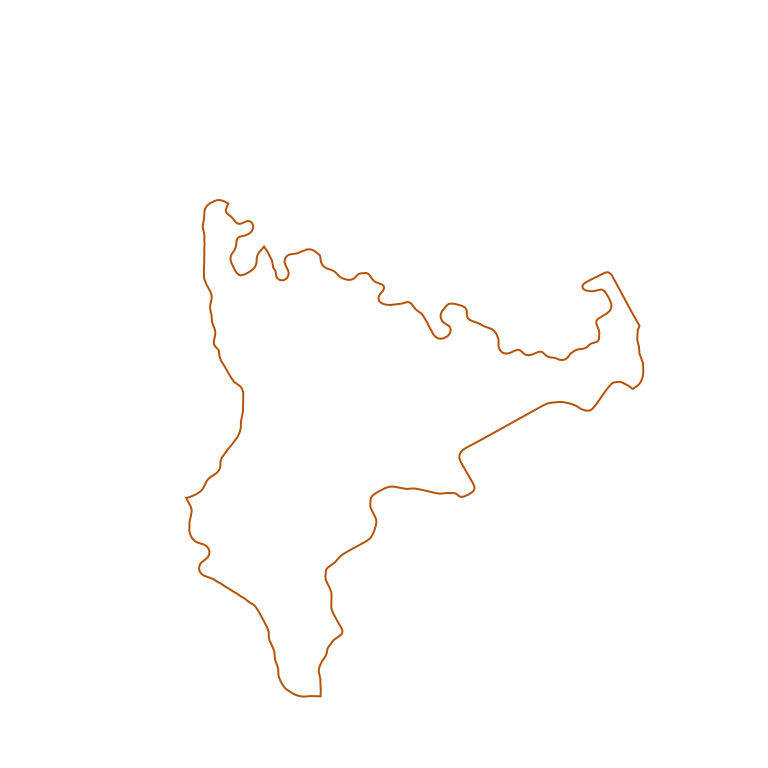 Tamayo, Bahoruco, Dominican Republic, rotated 241°
{"feature_id": "3306468B80057745223349", "entity_name": "Tamayo", "entity_type": "district", "adm_level": 2, "iso_a3": "DOM", "parent_name": "Dominican Republic", "parent_adm1": "Bahoruco", "projection": "natural_earth1", "projection_center": [-71.147, 18.477], "detail": "fine", "context": "isolated", "style": "outline", "palette": "amber", "viewbox_px": 768, "rotation_deg": 241, "n_neighbors": 0, "source": "geoboundaries", "source_scale": "gbopen_adm2", "svg_char_len": 6166}
<svg xmlns="http://www.w3.org/2000/svg" viewBox="0 0 768 768"><g transform="rotate(241 384 384)"><path d="M380.2,155.8L371.6,155.6L368.7,155.2L366.8,154.6L364.2,152.8L357.9,147.2L349.7,142.4L345.8,141.5L341.8,141.5L337.9,142.5L335.6,144.2L330.7,148.8L328.1,150.2L325.2,150.7L322.4,150.3L319.9,148.7L318.2,146.4L317.5,144.5L316.5,138.3L315.8,136.4L314.7,134.7L312.5,132.9L310.7,132.2L308.7,132.0L306.8,132.2L304.0,133.4L296.0,140.2L292.6,142.0L287.8,145.0L283.5,147.1L279.6,149.5L276.1,151.2L271.4,154.1L267.8,155.7L263.9,158.1L258.6,160.3L253.5,163.2L251.5,163.7L245.0,164.1L234.7,164.0L226.8,163.7L224.7,163.3L222.6,162.7L218.5,160.6L215.7,159.7L206.1,158.8L203.0,158.3L196.1,155.2L186.5,153.5L180.6,150.6L178.6,150.0L173.3,149.4L170.0,149.5L165.8,150.0L163.1,151.2L156.5,154.8L153.3,157.5L151.1,159.9L149.3,162.6L146.7,168.4L141.6,177.1L147.5,180.6L151.8,182.6L156.7,185.3L164.1,187.5L165.9,188.6L168.2,190.8L171.5,195.2L173.7,199.8L174.7,201.5L176.5,203.5L179.9,206.3L180.9,207.8L184.1,214.8L184.6,216.9L185.3,224.1L185.9,225.9L187.2,227.3L188.9,228.1L190.9,228.4L207.3,228.3L212.6,229.0L214.5,229.8L225.8,236.3L227.7,237.0L230.8,237.5L239.4,238.0L241.5,238.3L244.2,239.5L249.2,243.0L250.3,244.6L250.8,246.5L251.8,254.8L254.3,261.4L254.9,264.8L255.2,270.8L255.1,292.9L255.6,296.5L257.0,299.7L258.9,302.5L261.9,306.0L264.3,308.4L266.9,310.4L268.9,311.3L271.0,311.7L280.6,312.2L282.7,312.5L284.6,313.2L289.1,316.0L290.5,317.1L291.6,318.7L292.3,321.8L292.6,326.4L292.4,333.6L292.0,337.1L290.9,340.4L289.1,343.3L281.9,352.0L280.7,353.9L279.1,357.8L277.3,360.7L274.4,364.3L263.8,376.1L261.1,379.6L260.1,381.6L258.1,386.3L254.4,392.7L253.2,393.8L248.9,395.7L247.7,397.1L246.9,399.1L246.6,401.2L246.4,404.6L246.6,408.0L247.0,410.1L248.1,411.9L248.9,412.6L250.7,413.4L254.8,413.7L278.3,413.3L282.6,414.0L284.4,414.9L286.4,416.9L287.8,419.8L288.2,422.2L288.4,425.9L288.1,446.2L288.1,513.4L287.8,517.1L286.9,520.4L283.3,528.7L281.5,531.6L277.9,536.0L273.8,539.9L271.2,541.8L266.8,544.1L264.5,546.0L262.4,548.3L261.1,551.0L261.0,553.0L261.4,554.7L263.9,560.9L271.0,575.4L273.5,581.7L274.1,584.4L273.8,586.1L273.2,587.8L271.7,591.0L270.6,592.5L263.9,597.0L259.2,599.0L259.6,604.8L260.1,606.9L261.6,609.9L262.9,611.7L265.2,614.1L268.6,616.5L276.1,620.4L278.9,621.1L286.8,622.2L292.6,624.9L300.1,627.0L307.9,631.9L311.0,635.7L324.0,635.5L368.3,636.0L370.5,635.6L372.4,634.8L373.1,634.0L373.9,632.5L374.3,629.2L375.0,615.3L375.0,609.2L374.7,607.1L373.7,605.2L372.8,604.7L371.1,604.3L369.2,605.0L367.6,606.3L364.8,609.9L363.7,612.0L361.5,619.4L360.9,620.3L359.3,621.4L357.4,622.0L354.2,622.3L348.6,622.3L344.2,621.8L341.2,620.3L339.5,618.6L338.4,616.5L337.7,612.9L337.3,603.3L336.7,601.2L336.1,600.3L333.8,598.9L327.4,598.1L324.7,597.3L319.5,594.1L318.3,592.8L317.9,591.9L317.7,590.2L319.0,584.7L318.8,583.1L317.9,579.8L317.9,576.8L318.4,574.9L320.2,570.5L320.6,568.4L320.7,566.2L320.1,562.0L318.2,557.7L317.8,555.8L317.8,553.7L318.8,551.0L320.5,548.9L323.9,546.3L326.4,542.7L328.3,540.8L330.7,539.4L334.7,538.1L336.1,537.1L337.2,534.6L338.0,527.4L339.0,524.5L340.1,523.0L341.5,521.7L343.0,520.9L347.1,519.6L348.4,518.6L348.9,517.9L349.5,516.2L350.2,509.0L350.7,507.0L351.6,505.2L353.6,503.1L356.3,502.0L359.2,502.0L362.0,502.7L366.0,505.1L368.6,506.1L373.6,506.6L377.5,506.0L380.2,504.6L386.6,499.0L391.6,495.9L396.3,491.7L398.8,489.9L400.6,489.3L402.5,489.4L404.1,489.9L407.8,491.8L409.6,492.1L411.5,491.9L413.3,491.0L414.9,489.8L420.0,484.5L422.1,481.1L422.6,479.2L422.5,478.2L422.1,476.4L419.6,470.2L418.5,468.6L417.2,467.2L414.6,465.8L412.7,465.5L410.7,465.5L408.0,466.3L403.4,468.9L401.6,469.2L398.9,468.5L396.7,466.6L395.3,463.8L395.0,461.7L395.0,459.5L395.7,456.3L396.8,454.5L398.1,453.1L400.7,451.7L403.7,451.2L419.7,451.5L425.0,451.3L428.0,450.6L433.8,447.9L440.3,447.0L442.0,446.5L443.4,445.5L444.4,444.0L445.8,438.3L450.0,427.9L452.4,424.2L455.4,421.3L458.2,420.1L460.1,420.2L461.9,421.0L463.2,422.2L464.3,423.8L466.0,428.1L466.9,429.6L468.1,430.7L469.6,431.2L470.5,431.1L472.1,430.4L476.5,426.6L478.2,425.5L481.0,424.7L487.5,423.8L489.0,422.9L490.1,421.5L491.6,418.4L492.4,415.9L492.4,414.2L490.9,409.2L490.9,407.2L491.4,405.1L492.4,403.2L493.8,401.5L496.9,398.6L499.6,397.2L506.1,395.4L508.7,393.7L513.4,389.6L516.1,388.2L518.1,387.9L520.9,388.0L522.7,388.5L526.4,390.1L528.0,390.2L534.3,387.6L536.6,385.9L538.3,383.5L539.1,381.6L540.5,370.8L542.6,365.4L543.1,363.5L543.0,361.4L542.8,360.4L541.3,357.9L539.1,356.2L536.3,355.5L530.4,355.2L528.5,354.9L526.7,354.1L525.3,353.0L524.1,351.4L523.4,349.4L523.4,347.2L523.6,346.1L524.6,344.4L525.9,343.0L528.4,341.9L530.3,341.9L534.7,343.7L536.1,343.9L539.5,343.5L544.9,345.5L546.8,345.9L556.0,346.2L562.4,345.7L561.0,342.5L559.7,338.5L558.2,336.0L556.3,334.0L552.3,331.6L550.9,330.4L549.1,328.1L548.2,326.1L547.4,321.5L547.3,318.0L547.5,314.6L548.4,311.5L549.8,309.9L552.7,309.0L554.8,308.8L563.7,309.2L565.9,309.6L568.0,310.4L570.2,312.2L571.4,313.7L573.6,318.1L575.2,320.3L577.2,322.1L580.9,324.6L582.4,326.6L582.8,328.3L582.8,329.1L581.1,335.0L580.9,338.2L581.1,340.3L581.8,342.4L582.9,344.1L584.3,345.4L586.0,346.3L587.9,346.6L589.7,346.4L591.3,345.7L592.0,345.0L592.9,343.2L593.5,337.1L594.1,335.2L595.3,333.7L597.0,332.9L604.0,331.6L608.8,329.5L611.2,329.3L612.8,329.9L613.4,330.4L617.2,335.3L620.9,333.0L623.1,331.2L625.0,328.8L625.8,326.8L626.2,324.7L626.4,320.2L625.8,315.9L624.9,313.9L623.8,312.3L621.7,310.4L616.7,307.4L610.1,302.0L608.3,301.2L602.7,299.7L600.9,298.9L596.9,296.6L593.4,294.9L588.7,291.9L585.2,290.2L580.4,287.2L577.0,285.5L572.3,282.5L564.8,278.4L563.0,277.7L557.7,277.0L549.2,276.9L545.0,276.2L542.3,274.7L537.5,270.5L535.0,268.7L527.6,266.4L521.7,263.7L513.9,262.5L511.1,261.6L508.5,259.9L503.8,255.8L501.2,254.6L498.6,254.6L494.2,255.8L492.7,255.5L488.1,253.6L483.9,252.7L477.5,253.1L463.6,253.3L458.4,254.0L451.7,257.1L448.9,257.5L446.0,257.1L444.2,256.5L428.6,247.5L420.4,240.6L415.3,237.7L411.4,234.0L408.8,230.4L404.2,220.2L402.4,215.3L398.1,206.2L395.6,203.5L391.6,201.1L390.2,199.9L388.9,198.5L388.0,196.8L387.2,193.6L386.7,187.1L386.0,183.9L384.5,181.0L380.2,174.8L379.1,171.6L378.7,168.3L378.8,163.8L379.3,159.2L380.2,155.8Z" fill="none" stroke="#b45309" stroke-width="2"/></g></svg>